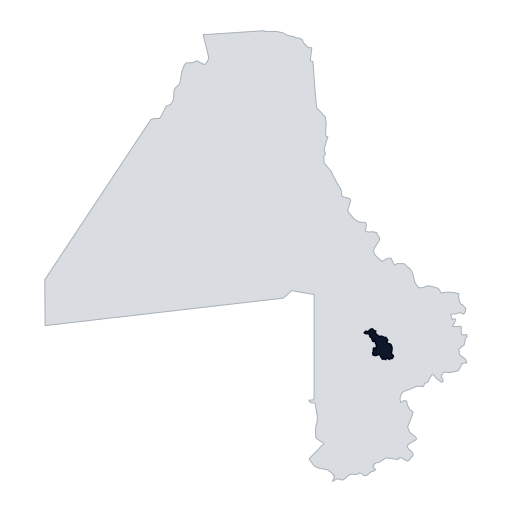 location of Koulikoro, Koulikoro, Mali, rotated 270°
{"feature_id": "8926073B42356193702634", "entity_name": "Koulikoro", "entity_type": "district", "adm_level": 2, "iso_a3": "MLI", "parent_name": "Mali", "parent_adm1": "Koulikoro", "projection": "orthographic", "projection_center": [-7.329, 13.238], "detail": "fine", "context": "in_parent", "style": "filled", "palette": "ink", "viewbox_px": 512, "rotation_deg": 270, "n_neighbors": 0, "source": "geoboundaries", "source_scale": "gbopen_adm2", "svg_char_len": 5258}
<svg xmlns="http://www.w3.org/2000/svg" viewBox="0 0 512 512"><g transform="rotate(270 256 256)"><path d="M54.1,401.7L54.4,399.6L52.5,398.0L52.5,397.3L53.6,391.1L53.5,389.5L54.3,386.3L53.1,384.9L52.9,383.9L50.0,379.7L49.2,376.3L47.7,374.0L44.3,373.2L43.1,375.1L42.3,375.5L41.0,374.0L40.6,372.8L40.6,371.7L36.3,366.3L36.6,363.4L38.3,361.9L39.0,359.4L37.4,356.5L37.7,353.8L37.6,349.9L35.0,346.5L33.4,345.0L31.9,342.6L33.2,337.2L30.7,332.6L35.5,334.5L37.8,332.8L40.1,330.5L42.1,327.5L43.0,323.6L43.4,320.3L45.4,315.2L47.8,312.8L52.6,309.3L53.9,309.7L61.6,317.4L66.0,321.3L67.6,323.4L69.0,323.5L71.3,319.7L73.7,316.5L74.6,315.8L82.5,315.4L86.6,316.1L90.2,317.1L95.4,317.4L109.0,315.1L109.2,313.6L109.1,311.8L109.6,310.4L110.8,309.2L111.8,308.9L112.1,313.2L113.3,313.9L116.5,314.1L217.4,314.1L221.4,291.6L213.9,283.5L186.4,45.1L232.3,44.8L240.3,50.1L392.5,150.9L393.4,154.3L393.5,159.0L394.7,160.3L396.9,161.8L405.6,166.0L406.3,166.8L406.7,168.7L407.9,170.9L409.7,172.2L411.9,173.1L414.5,173.7L422.2,174.1L423.9,175.1L427.5,179.1L429.3,179.9L439.8,181.7L443.2,182.7L447.0,184.4L449.0,186.0L449.4,192.5L451.1,196.7L451.1,197.8L449.6,199.6L449.2,200.8L447.5,204.3L448.0,205.6L451.8,208.0L453.6,208.6L455.6,208.5L477.3,203.2L481.3,264.2L480.5,265.2L480.6,276.1L479.3,282.5L476.7,287.4L475.2,294.5L474.2,295.9L473.6,300.0L472.1,302.4L469.3,303.4L464.4,308.2L464.2,311.8L452.0,310.3L451.2,310.4L450.7,310.9L450.5,312.9L419.6,315.2L404.4,316.6L395.1,325.2L388.8,326.2L381.0,325.7L377.0,325.8L375.4,326.3L375.2,327.8L362.6,324.0L358.0,325.5L357.3,325.0L356.6,324.1L354.4,323.7L350.8,324.0L348.3,324.7L340.5,331.4L336.3,333.2L328.5,337.3L323.0,340.7L321.0,341.4L317.9,341.6L315.4,342.4L313.2,349.9L311.7,350.7L302.1,347.9L300.2,348.4L298.6,349.3L293.4,353.8L290.8,357.3L289.5,362.0L289.8,365.1L288.8,366.0L286.4,366.3L282.0,365.4L280.6,365.9L280.0,368.2L280.2,373.2L279.3,376.7L276.7,377.8L274.7,379.2L273.1,379.6L271.7,379.3L263.9,374.3L261.3,373.5L258.5,374.1L255.7,376.3L250.8,381.7L251.4,383.6L252.8,385.8L253.8,388.5L253.8,391.0L246.8,394.5L248.4,397.1L248.3,404.1L245.1,407.3L243.9,409.3L240.8,411.6L238.1,412.9L229.5,414.8L226.1,417.1L224.4,418.9L224.1,420.8L224.4,423.0L226.2,427.6L225.6,431.8L224.2,436.6L222.9,438.8L218.9,441.3L219.6,444.5L219.9,449.1L219.3,455.0L218.1,459.0L217.2,458.6L213.3,458.8L209.1,460.1L207.6,461.1L207.3,462.4L203.8,465.6L201.4,465.5L199.2,464.6L198.0,463.8L198.0,463.3L199.3,460.7L199.4,459.8L198.0,455.3L198.2,454.2L197.7,450.7L197.4,450.6L192.7,452.1L192.5,452.7L193.3,454.9L192.8,455.3L191.1,455.2L188.8,454.5L186.3,452.5L185.7,453.2L185.4,454.8L185.3,456.7L185.9,460.1L185.2,461.3L181.3,461.1L178.0,461.5L177.2,462.7L176.9,464.1L177.6,465.6L177.5,466.3L176.1,467.2L175.5,467.2L173.7,465.5L166.4,463.9L165.8,461.6L165.0,461.6L162.6,458.7L161.6,458.8L160.8,459.3L158.0,459.1L155.6,461.5L153.7,464.5L151.8,466.0L148.8,466.6L149.2,464.7L148.3,462.1L142.0,458.7L141.0,457.4L139.4,449.8L139.5,447.6L139.9,445.7L139.8,444.1L139.1,443.0L137.2,441.8L135.2,441.3L132.7,442.8L131.5,443.0L130.4,442.9L129.8,442.4L129.9,441.6L132.6,437.6L134.0,435.9L136.6,434.0L137.3,433.0L137.4,432.2L137.2,431.7L135.4,430.9L132.6,429.0L131.2,428.8L130.0,427.9L128.7,425.0L128.1,424.4L126.8,424.1L125.6,423.4L125.7,416.3L123.1,410.9L120.7,404.1L119.5,402.5L117.4,401.1L114.7,400.2L112.4,400.0L109.7,400.7L109.8,401.3L111.2,403.5L111.5,404.7L111.2,405.9L110.7,406.7L107.1,407.4L102.3,409.8L100.7,412.6L99.6,413.0L97.7,412.6L85.1,407.6L79.8,409.7L76.3,413.9L75.4,415.3L73.8,416.4L72.9,416.4L72.0,415.6L68.3,409.1L66.8,407.6L64.8,407.5L63.0,408.5L61.2,410.7L59.0,412.6L57.5,413.2L56.3,412.9L51.2,408.4L50.9,407.5L53.3,402.5L54.1,401.7Z" fill="#d9dde1" stroke="#a8b0b8" stroke-width="1"/><path d="M162.5,373.2L160.5,373.4L159.3,372.7L157.1,373.0L156.4,375.2L156.6,376.3L157.1,377.7L157.2,378.2L157.4,378.9L157.4,379.0L157.5,379.0L157.4,379.2L157.0,380.2L155.1,380.8L154.0,381.9L153.0,382.2L152.7,382.9L153.3,383.6L153.0,384.5L152.4,385.5L153.6,386.8L153.7,387.7L152.6,389.5L153.5,390.2L153.4,391.9L153.9,392.3L154.3,392.6L154.8,393.1L155.2,393.3L155.8,393.3L156.1,393.3L156.6,393.0L156.8,392.9L157.0,392.7L157.2,392.4L157.3,392.1L157.6,392.0L157.8,392.0L157.9,391.9L158.0,391.9L158.2,391.7L158.4,391.5L158.5,391.3L158.6,391.1L159.0,391.1L160.1,391.7L162.9,392.0L164.3,392.1L167.1,391.1L168.0,390.2L168.6,388.1L168.8,387.5L169.4,387.0L170.1,386.7L171.7,387.7L172.2,387.6L172.3,387.5L174.7,385.7L174.3,385.2L174.6,384.2L175.2,383.1L175.9,381.5L175.7,380.5L175.4,379.6L175.1,379.0L175.3,378.9L175.6,378.9L175.8,378.8L176.1,378.5L176.1,378.4L176.4,378.2L176.5,378.1L176.8,377.7L177.0,377.1L177.2,376.8L177.4,376.6L177.5,376.5L177.7,376.4L177.9,376.3L178.4,375.9L178.5,375.8L179.2,375.5L179.6,375.4L179.9,375.4L180.2,375.5L180.4,375.6L180.8,375.7L181.0,375.7L181.4,374.2L182.4,373.2L183.2,372.3L183.1,371.5L182.8,370.7L180.3,367.8L180.9,365.9L179.3,364.3L178.5,365.1L178.3,366.1L178.3,368.1L178.0,369.1L177.2,369.5L175.3,369.9L174.2,371.5L170.8,372.7L170.4,373.4L170.5,374.0L171.7,374.5L171.8,374.8L171.6,375.0L171.1,375.2L169.2,375.6L168.4,375.6L168.2,376.0L167.9,376.2L166.4,376.4L165.1,376.5L164.4,375.9L163.1,376.0L162.8,375.6L162.9,375.2L163.9,374.7L163.9,374.1L164.0,373.7L163.6,373.5L162.5,373.2Z" fill="#0f172a" stroke="#020617" stroke-width="1.5"/></g></svg>